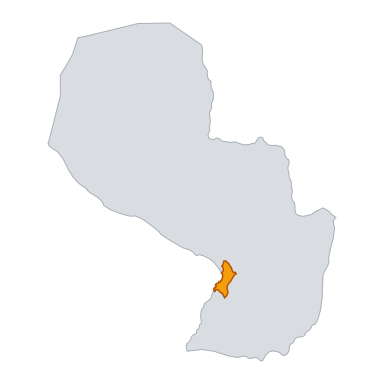 Central on a map of Paraguay (Natural Earth projection)
{"feature_id": "PRY-607", "entity_name": "Central", "entity_type": "Department", "adm_level": 1, "iso_a3": "PRY", "parent_name": "Paraguay", "parent_adm1": "", "projection": "natural_earth1", "projection_center": [-57.553, -25.559], "detail": "fine", "context": "in_parent", "style": "filled", "palette": "amber", "viewbox_px": 384, "rotation_deg": 0, "n_neighbors": 0, "source": "natural_earth", "source_scale": "10m", "svg_char_len": 4660}
<svg xmlns="http://www.w3.org/2000/svg" viewBox="0 0 384 384"><path d="M202.0,58.9L202.7,61.9L203.2,64.2L204.3,65.8L205.5,67.9L206.6,69.2L207.4,71.2L207.2,73.5L207.6,76.4L208.2,79.0L208.8,79.7L210.4,80.4L211.2,82.7L210.6,83.9L210.9,85.2L211.5,86.5L210.9,87.8L211.2,88.8L212.3,89.7L213.3,92.9L213.5,98.5L212.3,101.4L211.4,103.9L211.2,105.4L211.9,107.5L210.7,110.1L209.4,113.2L209.7,115.3L209.9,117.4L210.1,119.5L210.4,121.6L210.0,123.7L209.5,125.6L209.3,127.8L209.8,130.2L208.8,132.5L208.3,134.1L208.0,135.8L209.1,138.3L211.7,139.4L213.7,139.7L215.6,138.3L217.1,137.9L219.8,139.1L222.3,141.3L225.5,141.6L228.3,142.0L230.5,142.6L233.7,141.8L237.0,142.6L240.8,143.9L244.0,144.9L247.2,144.7L249.6,144.5L252.1,143.3L254.4,143.5L256.3,141.3L257.3,139.4L258.2,138.0L260.8,137.0L262.6,137.6L264.1,141.2L266.7,143.2L267.7,144.7L269.6,145.3L273.8,145.5L276.4,145.3L279.4,146.4L281.3,146.4L283.0,148.3L284.6,150.6L284.8,154.8L286.3,158.0L288.2,159.3L289.2,161.3L288.9,164.1L287.9,167.0L288.0,170.1L289.0,172.9L289.0,175.8L289.7,178.6L291.1,181.0L291.5,184.9L291.3,187.8L292.2,189.4L292.5,191.7L291.9,193.6L291.7,196.2L291.8,198.5L292.4,200.4L294.5,202.8L295.0,207.1L295.0,210.1L295.9,213.6L297.6,215.2L300.3,215.8L303.5,216.3L307.3,215.5L310.7,214.6L312.6,213.6L316.4,211.0L319.7,209.6L321.4,208.6L322.9,207.9L326.2,209.6L329.3,211.6L331.6,214.4L336.0,217.5L335.1,218.3L333.4,220.8L333.4,223.8L334.6,228.1L333.4,237.2L329.9,251.1L328.5,259.2L329.1,261.4L327.8,265.5L323.1,274.2L322.8,280.0L322.2,297.6L320.5,310.0L317.9,319.2L315.4,324.1L313.3,324.7L311.7,326.1L310.8,328.5L309.0,330.4L306.5,331.9L305.1,333.6L304.8,335.5L302.4,336.7L297.7,337.2L295.0,338.7L294.1,341.1L292.6,343.0L290.3,344.4L289.2,346.8L289.3,350.1L287.9,352.9L285.1,355.3L282.6,355.3L280.3,353.1L277.1,351.6L273.2,350.9L269.9,351.5L267.3,353.3L265.0,356.3L262.9,360.3L260.7,361.0L258.2,358.3L255.0,357.4L251.2,358.5L248.2,358.1L246.0,356.3L242.5,356.1L237.8,357.5L228.4,355.9L214.1,351.3L202.0,349.5L187.2,351.2L186.0,346.3L186.8,343.7L189.2,341.7L190.7,339.5L191.3,337.0L192.9,335.1L195.6,333.8L196.8,332.5L196.4,331.1L196.9,329.9L198.5,328.9L199.4,327.3L199.6,325.1L200.2,324.0L201.2,323.2L201.3,321.6L200.7,316.9L200.8,313.0L201.5,310.0L202.4,308.1L203.1,307.7L203.7,306.6L203.9,304.8L204.9,303.1L209.6,299.6L211.4,297.7L211.5,295.9L212.3,293.6L215.1,288.5L215.9,286.2L216.0,285.0L217.0,283.8L220.4,281.0L222.2,278.3L222.5,275.9L221.7,273.1L219.8,269.9L213.7,262.1L209.0,258.5L203.0,255.6L199.0,254.6L197.1,255.6L195.2,254.8L193.2,252.2L189.9,250.1L182.9,247.8L167.1,238.6L160.8,234.2L158.6,231.4L152.7,226.5L143.0,219.4L135.5,216.0L130.3,216.2L122.0,214.1L110.5,209.8L103.9,205.6L102.1,201.6L97.9,197.5L91.1,193.4L87.6,190.7L87.4,189.5L85.4,187.8L81.7,185.7L77.6,182.2L73.1,177.1L68.3,169.4L63.1,158.9L57.6,151.8L51.8,148.1L48.9,145.7L48.9,144.5L48.0,143.4L48.8,141.4L50.8,133.4L53.8,121.8L56.8,109.8L60.4,95.7L60.4,85.7L60.3,75.1L65.6,66.5L69.3,60.3L72.5,54.4L75.8,44.4L77.9,37.7L86.4,36.1L100.7,32.6L107.8,30.9L122.9,27.2L138.2,23.5L154.3,23.3L169.8,23.0L181.9,31.4L191.1,37.7L201.3,44.7L202.0,46.3L202.7,52.1L202.0,58.9Z" fill="#d9dde1" stroke="#a8b0b8" stroke-width="1"/><path d="M220.0,281.7L220.5,281.7L220.7,281.4L220.9,280.5L221.3,280.2L221.7,280.0L222.1,279.6L222.3,278.8L222.7,275.3L222.7,274.6L222.5,274.1L222.0,273.5L221.4,273.0L222.2,272.2L223.0,271.1L223.3,269.5L223.2,268.0L222.7,267.0L221.8,266.1L222.3,265.6L222.8,264.7L223.3,263.7L223.6,262.5L223.7,261.5L223.9,261.0L224.3,260.9L225.2,261.1L226.2,261.1L227.0,262.3L227.1,262.5L228.5,263.4L228.8,263.8L229.8,265.7L230.9,267.0L231.3,267.7L231.5,268.2L231.6,268.8L231.8,269.6L233.0,271.9L233.3,272.4L233.5,272.6L233.8,272.7L234.0,272.7L234.3,272.6L234.6,272.3L234.8,272.2L235.1,272.2L235.5,272.6L236.2,273.9L234.8,274.8L233.8,275.8L233.6,276.1L230.7,281.1L229.6,282.5L228.4,283.8L228.0,284.4L227.6,285.3L227.2,286.7L227.1,287.9L227.1,288.8L227.9,291.6L228.0,292.3L227.8,293.2L226.9,295.1L226.2,296.2L224.6,297.8L224.1,296.7L223.3,295.5L223.1,295.1L223.0,294.7L222.9,294.3L222.8,294.0L222.7,293.8L222.0,293.5L221.6,293.3L220.7,292.5L219.9,291.9L219.2,291.2L218.7,290.6L218.2,290.0L218.0,289.7L217.7,289.6L216.8,289.8L216.6,289.8L216.4,289.8L215.7,289.5L215.4,289.5L215.2,289.6L215.1,289.8L215.1,290.2L215.2,290.8L215.1,291.1L215.1,291.3L214.9,291.4L214.7,291.5L213.9,291.3L213.8,291.2L214.0,291.1L214.4,290.5L213.9,289.1L213.8,288.3L214.3,288.0L214.9,287.7L215.6,287.2L216.1,286.5L216.5,286.0L216.1,285.9L215.8,285.8L215.5,285.5L215.3,285.2L216.0,284.0L216.5,283.6L217.2,283.2L217.6,283.2L217.9,283.2L218.3,283.2L218.6,283.0L218.7,282.6L218.9,281.7L219.0,281.5L220.0,281.7Z" fill="#f59e0b" stroke="#b45309" stroke-width="1.5"/></svg>